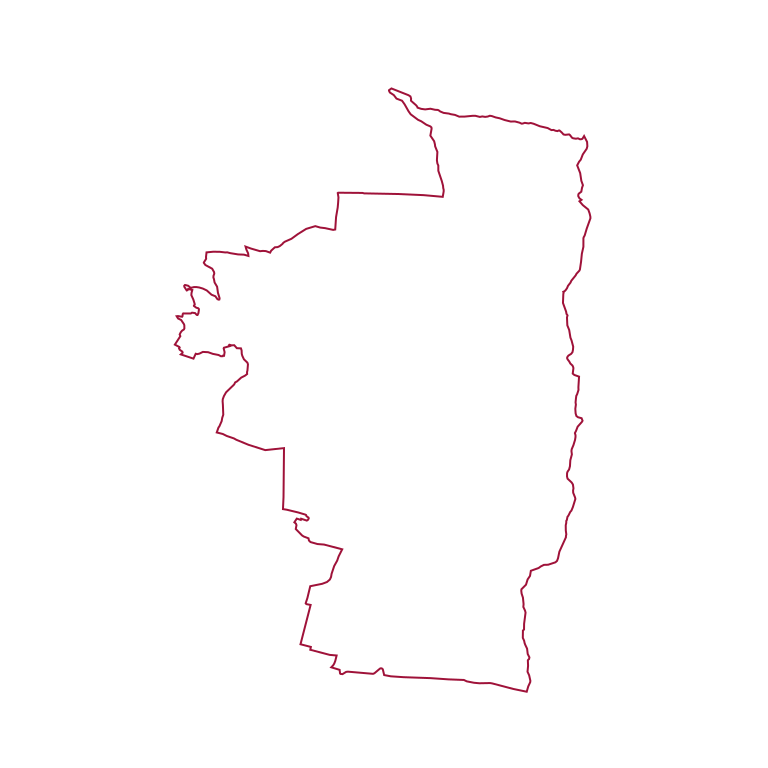 Corbita, Vrancea, Romania, rotated 195°
{"feature_id": "2599482B59381680661249", "entity_name": "Corbita", "entity_type": "district", "adm_level": 2, "iso_a3": "ROU", "parent_name": "Romania", "parent_adm1": "Vrancea", "projection": "equal_earth", "projection_center": [27.314, 46.152], "detail": "fine", "context": "isolated", "style": "outline", "palette": "rose", "viewbox_px": 768, "rotation_deg": 195, "n_neighbors": 0, "source": "geoboundaries", "source_scale": "gbopen_adm2", "svg_char_len": 6158}
<svg xmlns="http://www.w3.org/2000/svg" viewBox="0 0 768 768"><g transform="rotate(195 384 384)"><path d="M254.9,675.3L255.8,672.2L256.8,671.5L258.1,671.1L260.2,671.5L262.1,670.6L264.9,670.3L266.2,670.6L268.8,672.6L269.8,673.0L273.4,671.6L275.2,671.5L277.3,672.9L280.1,674.3L281.0,674.0L281.8,673.2L284.0,673.0L286.0,673.3L288.0,672.6L292.2,673.6L300.2,673.3L306.8,674.1L309.8,674.1L311.9,673.1L315.6,672.7L317.4,671.5L318.5,671.1L320.7,671.5L325.3,671.5L329.7,670.3L335.8,670.2L341.0,670.6L345.2,670.4L349.1,670.7L351.2,670.5L353.0,669.2L355.4,668.2L358.3,667.9L360.5,666.8L365.2,666.7L367.5,666.1L375.5,663.1L380.6,661.7L385.1,662.3L389.4,661.9L391.3,662.0L396.6,661.3L400.3,661.8L402.2,662.6L403.3,662.6L405.6,662.1L410.4,661.9L415.3,659.9L419.2,659.4L423.1,659.6L423.8,660.6L425.4,661.7L430.5,664.2L431.3,664.7L431.7,666.7L432.9,668.6L435.1,669.3L453.3,671.4L455.2,669.1L455.1,668.6L453.8,667.1L449.3,665.6L445.8,662.9L439.9,662.3L436.5,659.5L430.9,653.8L428.0,651.4L419.5,648.0L416.0,647.4L410.2,645.4L405.8,644.8L404.6,644.1L404.1,642.9L403.5,635.9L398.4,631.5L396.8,628.6L396.1,626.8L392.5,622.0L390.8,613.8L389.5,610.8L388.1,609.1L386.7,604.0L380.7,595.0L378.3,590.8L377.5,588.6L376.6,587.0L376.2,585.4L375.7,580.0L394.5,576.7L419.0,571.3L452.5,563.0L454.2,563.0L477.8,556.9L478.1,556.5L476.3,552.5L475.2,547.1L474.4,542.5L473.5,532.8L471.1,520.6L473.0,519.7L481.3,519.3L486.1,518.6L491.2,518.7L499.3,513.7L506.0,506.5L511.0,500.3L516.6,495.8L517.8,494.3L518.4,492.9L520.4,490.2L522.2,488.7L524.8,487.8L527.5,483.6L528.0,481.4L532.5,481.8L535.5,481.2L538.1,480.2L547.5,480.4L553.3,480.9L551.7,478.2L549.1,475.1L548.1,472.6L552.7,472.7L558.5,471.4L566.4,470.6L569.5,470.6L571.3,470.0L576.7,469.2L583.1,467.6L589.5,465.2L588.8,460.6L588.2,458.9L589.5,454.7L589.4,454.4L587.3,452.7L579.8,450.9L577.1,448.1L576.5,446.6L576.7,444.3L576.3,442.6L575.5,441.5L573.9,438.2L570.4,434.8L568.0,429.1L565.0,424.3L564.9,423.0L565.3,422.7L566.8,422.8L569.6,425.1L573.7,425.6L579.4,428.5L583.7,429.3L587.5,429.4L590.1,429.1L592.5,428.5L595.1,427.1L596.4,427.1L598.5,428.2L601.1,428.2L601.9,428.1L602.4,427.1L602.0,426.2L598.8,423.3L598.0,423.8L597.8,425.1L593.5,425.2L593.5,422.2L593.1,420.0L590.0,416.2L587.4,412.0L587.4,411.7L587.9,410.6L587.8,410.2L585.0,409.1L583.1,409.1L582.3,408.6L582.0,407.9L581.6,404.3L582.0,402.4L582.8,402.3L584.9,403.6L587.9,403.2L588.9,402.1L596.2,400.2L596.5,399.4L596.2,397.2L596.4,396.7L600.6,396.3L601.8,395.8L599.9,394.0L596.5,393.3L592.7,390.0L592.1,389.1L591.2,386.0L591.4,384.9L592.9,383.2L593.7,381.4L594.2,379.0L593.1,377.5L596.2,367.9L591.3,366.8L590.8,366.3L591.2,365.4L590.2,364.2L587.2,363.1L586.6,362.1L587.9,360.0L574.6,359.2L573.7,364.5L572.2,364.5L570.1,365.6L567.3,368.1L562.1,369.2L557.1,368.8L551.3,369.2L548.7,368.6L547.0,369.1L546.9,369.7L545.8,369.9L546.2,373.5L548.1,376.9L548.0,377.6L542.4,380.9L542.8,381.5L543.6,381.7L543.5,381.9L541.2,381.9L538.7,382.7L535.4,380.5L531.4,381.4L530.2,379.5L529.2,376.3L528.2,374.6L525.7,371.6L521.5,369.3L520.5,367.8L519.4,361.7L519.4,360.1L518.8,358.2L520.4,356.1L523.6,353.2L526.7,348.4L528.2,347.0L528.6,344.8L534.4,335.1L535.5,330.9L535.8,327.6L535.4,325.5L534.2,322.1L531.3,312.7L531.5,309.5L531.2,306.1L532.1,300.3L532.6,299.2L533.0,293.9L526.8,294.0L522.4,293.1L514.9,292.6L512.2,291.9L499.1,290.2L481.6,289.4L464.0,296.2L451.8,248.8L449.2,237.0L445.5,237.4L433.7,237.7L426.5,237.5L425.4,237.3L424.6,236.2L422.3,235.4L421.9,234.6L422.3,233.1L423.2,232.1L429.2,232.4L429.2,231.2L433.4,231.4L434.8,227.2L433.0,226.4L432.0,225.0L431.7,221.1L423.9,216.5L422.0,215.9L417.0,215.4L416.0,213.4L414.1,212.3L406.8,212.2L400.3,213.4L381.6,213.5L383.2,205.8L383.5,201.3L385.0,195.3L385.5,187.1L385.2,183.9L385.7,181.1L387.8,178.0L392.0,175.0L402.9,169.6L402.6,157.5L402.9,151.9L402.0,151.3L397.7,151.6L397.3,111.0L386.6,111.1L386.4,108.2L366.3,108.3L359.5,109.5L359.4,103.9L359.7,101.1L360.3,99.1L361.6,96.7L352.9,96.4L351.6,93.2L351.0,92.7L349.0,93.0L346.1,96.1L344.4,96.8L319.6,101.2L318.4,102.1L314.2,108.1L313.4,108.6L312.5,108.7L311.3,108.1L308.5,102.9L301.8,103.4L289.1,105.9L263.1,111.9L245.2,115.4L230.2,118.8L227.1,118.2L219.8,118.7L214.5,119.6L204.1,122.6L202.0,122.8L180.2,122.9L166.5,123.7L166.4,129.2L165.6,133.8L165.8,135.2L168.4,140.2L170.9,143.2L171.9,149.1L173.5,154.2L173.4,154.8L172.7,155.9L172.8,157.6L175.3,160.4L177.3,165.4L180.1,168.7L181.1,170.1L182.2,172.3L184.2,174.7L186.0,181.8L185.2,183.1L186.6,188.6L188.1,199.8L189.1,201.6L191.7,204.7L192.2,207.5L194.5,213.6L196.8,217.1L197.9,219.8L198.1,221.3L194.9,226.9L194.7,232.4L193.3,236.4L193.8,241.6L187.0,246.3L185.4,248.3L182.7,250.7L178.7,251.9L172.3,256.1L171.1,257.9L170.8,260.7L171.2,267.4L168.6,283.1L168.9,284.1L169.0,286.0L170.5,289.6L171.9,294.6L172.0,296.9L172.5,299.0L172.2,300.0L172.4,303.2L171.8,304.6L171.0,308.6L170.2,310.2L169.7,314.1L169.4,322.5L170.1,323.9L173.1,327.9L173.8,330.1L174.0,332.3L175.5,335.8L177.2,337.4L182.2,340.1L183.3,342.1L184.1,345.3L184.0,346.9L183.1,349.3L183.1,352.7L184.3,358.6L184.3,364.6L185.6,367.8L185.8,369.6L185.2,373.9L185.0,379.4L185.3,382.4L185.8,384.2L186.9,386.0L186.4,388.3L185.9,392.9L183.0,398.7L182.7,399.9L184.3,402.1L188.0,402.1L189.9,402.9L191.3,405.2L192.8,409.6L193.3,413.7L194.2,415.8L194.8,419.4L195.2,422.3L194.8,424.1L194.6,428.6L195.4,431.2L197.5,441.6L202.5,442.0L204.4,442.9L205.1,448.1L205.5,449.1L206.7,450.6L209.3,452.0L210.9,453.7L213.1,455.4L213.9,456.5L213.8,457.8L213.2,459.2L211.0,461.6L210.2,463.5L210.3,465.8L210.9,469.0L214.1,474.6L215.9,477.0L219.1,484.1L222.1,488.1L224.5,495.7L224.5,497.8L225.9,499.0L226.8,501.0L232.1,508.6L234.1,517.4L234.1,518.7L234.7,519.4L233.5,520.5L232.7,522.0L232.0,524.0L231.7,526.4L230.1,530.2L229.8,532.2L227.0,538.5L226.6,540.3L224.6,544.1L224.4,545.3L225.3,553.1L226.6,561.0L226.9,568.1L229.1,576.4L229.1,577.4L228.6,579.4L228.4,586.6L227.5,597.5L228.0,599.1L229.6,602.1L231.9,605.4L238.2,608.2L242.5,611.1L240.9,613.0L243.2,613.9L244.9,615.6L245.1,616.2L245.3,616.9L245.2,618.2L243.2,620.8L243.5,624.8L243.3,627.5L246.0,631.4L249.1,638.5L254.0,645.2L253.1,649.2L252.0,651.6L251.4,657.2L249.1,663.7L249.1,666.3L250.5,670.4L254.9,675.3Z" fill="none" stroke="#9f1239" stroke-width="2"/></g></svg>